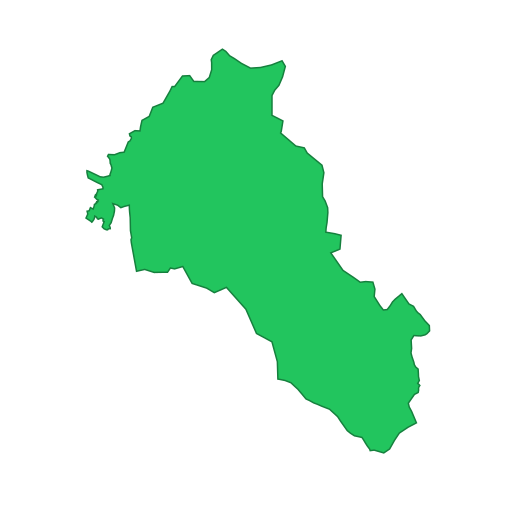 the district of Abeokuta North, Ogun, Nigeria, rotated 174°
{"feature_id": "59680162B29721937623471", "entity_name": "Abeokuta North", "entity_type": "district", "adm_level": 2, "iso_a3": "NGA", "parent_name": "Nigeria", "parent_adm1": "Ogun", "projection": "robinson", "projection_center": [3.217, 7.25], "detail": "fine", "context": "isolated", "style": "filled", "palette": "green", "viewbox_px": 512, "rotation_deg": 174, "n_neighbors": 0, "source": "geoboundaries", "source_scale": "gbopen_adm2", "svg_char_len": 3679}
<svg xmlns="http://www.w3.org/2000/svg" viewBox="0 0 512 512"><g transform="rotate(174 256 256)"><path d="M91.2,163.4L90.9,168.7L94.9,173.9L98.8,180.6L101.0,182.7L102.4,184.7L104.6,189.5L108.9,192.3L114.9,203.3L122.1,198.5L125.0,196.1L127.6,192.7L131.1,189.0L135.0,189.0L138.0,193.8L142.7,203.3L141.2,210.6L142.5,217.8L149.6,219.1L155.1,219.0L160.5,223.8L171.0,232.6L181.3,251.3L171.8,254.1L169.2,267.7L175.5,270.0L184.1,272.4L183.3,276.7L181.9,281.8L180.0,291.6L179.7,296.5L181.5,303.5L183.6,308.0L182.6,320.8L179.8,331.7L180.9,339.4L194.3,353.0L196.7,358.5L204.9,361.2L218.7,375.8L217.9,377.2L215.1,387.5L225.4,394.2L223.3,414.0L220.0,419.0L215.4,423.3L210.9,431.3L207.0,441.5L209.7,447.4L220.6,444.4L231.8,443.0L241.8,443.4L250.4,449.1L256.5,454.3L261.3,457.9L264.7,462.7L267.8,465.2L277.5,460.0L280.0,455.9L279.9,453.0L280.6,445.9L283.8,438.4L288.9,434.8L299.6,436.1L303.1,442.3L310.3,442.7L319.2,433.0L321.7,433.3L324.3,429.1L332.5,417.7L343.1,414.7L347.6,406.0L355.2,402.8L357.3,396.6L358.1,393.3L358.3,392.5L363.3,393.3L369.1,390.8L368.8,388.5L367.6,387.7L367.6,386.1L369.2,383.7L371.1,382.8L376.3,373.0L380.5,373.0L383.1,372.3L386.2,371.5L392.1,372.4L393.2,370.7L392.5,369.7L391.4,367.8L391.2,367.0L391.2,365.9L391.2,364.7L391.3,363.5L390.9,362.5L390.7,361.9L390.5,360.9L390.4,360.1L390.1,359.0L390.2,358.1L390.8,356.6L391.3,355.3L392.7,352.3L392.7,351.3L393.3,351.3L394.0,351.1L394.9,350.9L399.4,350.3L402.8,351.1L405.5,352.8L413.8,357.9L415.2,358.5L415.4,356.7L415.2,354.5L414.7,351.2L406.1,345.6L404.4,344.6L401.9,343.0L401.0,340.3L401.2,338.8L405.3,338.5L406.6,338.4L406.6,337.0L408.1,334.5L408.3,334.0L408.1,333.6L408.4,333.0L408.8,332.4L409.4,333.3L410.3,331.5L409.9,331.3L409.9,330.9L409.5,330.6L409.2,330.0L408.2,328.8L407.1,328.2L407.4,327.7L407.3,327.3L407.5,327.0L407.5,326.8L407.7,326.5L408.1,326.6L408.5,326.0L408.9,326.4L409.2,325.7L409.6,325.4L409.4,325.1L409.9,324.7L410.6,324.5L411.3,324.2L411.5,323.6L411.5,323.2L412.1,321.7L413.1,319.7L415.6,321.4L417.2,318.4L419.3,318.2L418.9,315.3L421.1,311.5L416.5,307.7L415.8,306.8L415.3,307.1L414.9,307.6L413.4,309.3L413.1,309.9L412.3,311.6L412.2,312.5L411.3,312.0L410.8,311.5L410.3,310.8L409.9,309.7L409.4,309.3L409.1,309.4L408.9,309.1L407.0,309.7L406.3,309.9L405.9,310.1L405.3,309.7L404.6,309.3L403.8,308.6L404.3,308.0L404.4,307.6L404.4,306.6L403.4,306.1L405.9,301.1L404.3,299.0L402.8,298.1L401.4,297.5L400.6,297.7L400.1,298.4L399.5,298.5L398.1,298.4L398.1,299.6L398.7,301.8L396.6,304.2L394.8,308.5L393.4,311.3L392.1,315.4L391.6,318.5L392.9,323.1L388.3,321.0L385.4,318.2L381.7,319.1L376.7,319.8L377.0,315.8L377.1,312.8L377.1,307.2L378.2,294.3L377.7,287.0L378.6,285.4L378.6,282.3L376.4,253.3L368.1,254.3L359.0,250.3L352.9,249.8L345.7,249.1L342.4,253.0L338.3,251.7L329.9,253.2L322.4,235.4L308.4,229.2L301.3,223.9L288.7,227.9L271.6,204.1L263.6,178.9L249.1,169.0L245.8,148.7L247.1,131.3L245.9,131.0L240.2,129.2L234.5,126.3L230.8,122.0L228.3,119.2L226.3,116.2L224.3,113.3L224.0,112.8L221.2,108.6L218.1,106.8L214.0,103.9L210.4,102.1L206.2,99.7L198.8,95.9L197.0,93.8L191.6,87.7L189.1,82.8L183.5,72.8L180.5,69.8L176.9,66.9L173.2,65.7L169.6,64.5L168.1,61.6L166.7,58.5L165.2,55.5L163.1,52.0L162.8,50.5L158.8,50.6L149.5,46.8L143.3,50.1L137.4,58.4L132.0,64.9L122.7,69.8L113.9,73.3L117.5,85.2L119.4,89.8L119.9,93.7L112.9,101.8L109.0,103.3L108.3,105.6L108.2,107.4L107.7,108.8L106.6,110.1L107.7,111.6L108.0,111.9L108.5,112.3L107.7,113.5L107.2,114.3L106.6,115.0L106.7,116.1L107.0,119.0L106.8,122.0L106.6,126.6L108.8,128.9L109.9,131.4L110.1,133.7L111.4,139.5L112.0,143.4L110.9,147.8L110.5,156.3L107.3,160.4L104.0,159.8L100.4,159.3L96.1,159.9L94.1,160.9L91.2,163.4Z" fill="#22c55e" stroke="#15803d" stroke-width="1.5"/></g></svg>